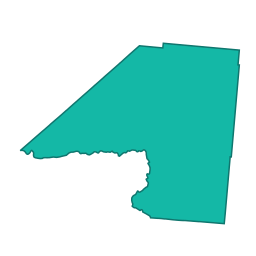 outline of Clark, Nevada, United States of America, rotated 95°
{"feature_id": "52423323B18852235556590", "entity_name": "Clark", "entity_type": "district", "adm_level": 2, "iso_a3": "USA", "parent_name": "United States of America", "parent_adm1": "Nevada", "projection": "robinson", "projection_center": [-114.639, 35.928], "detail": "fine", "context": "isolated", "style": "filled", "palette": "teal", "viewbox_px": 256, "rotation_deg": 95, "n_neighbors": 0, "source": "geoboundaries", "source_scale": "gbopen_adm2", "svg_char_len": 3026}
<svg xmlns="http://www.w3.org/2000/svg" viewBox="0 0 256 256"><g transform="rotate(95 128 128)"><path d="M214.9,23.8L204.1,23.7L147.8,23.7L147.8,22.6L55.5,22.6L55.5,23.9L40.7,23.9L40.5,100.2L45.2,100.3L45.2,105.9L45.1,123.8L54.1,132.4L59.9,137.8L61.8,139.5L63.8,141.4L63.8,141.5L65.7,143.2L65.9,143.4L77.7,154.7L86.0,162.5L86.7,163.2L86.8,163.3L87.8,164.2L88.0,164.5L90.4,166.7L96.3,172.3L99.4,175.3L109.9,185.3L110.0,185.3L111.2,186.5L111.3,186.6L113.2,188.4L115.4,190.4L115.8,190.9L121.0,195.8L130.6,205.2L132.2,206.6L143.6,217.7L159.9,233.4L159.6,232.6L159.5,231.3L159.6,230.4L160.0,229.3L160.6,228.5L162.5,226.9L162.8,226.3L162.9,225.8L162.7,225.1L161.9,224.2L161.0,223.5L159.1,222.6L158.7,222.0L158.9,221.6L160.3,220.2L161.2,219.8L163.2,219.8L164.3,219.5L165.2,219.0L165.7,217.8L166.0,215.1L166.1,212.7L165.8,210.8L165.5,210.2L165.0,209.8L164.7,207.4L164.7,206.5L164.4,203.8L163.4,199.8L163.5,196.6L162.7,193.4L162.0,191.6L160.5,187.0L158.2,184.8L157.2,183.0L157.0,182.4L156.8,180.5L156.2,178.8L155.8,177.9L155.6,176.7L155.8,175.2L156.1,174.7L157.1,173.9L157.6,173.2L157.7,172.8L157.7,172.6L157.4,172.2L157.2,171.5L157.1,169.4L156.8,167.9L156.9,167.5L157.5,166.7L158.0,165.6L158.1,164.1L157.6,163.1L155.8,160.6L154.6,159.5L154.6,157.9L155.3,156.4L155.5,155.6L155.2,155.1L154.2,154.5L153.5,153.8L153.1,153.0L153.1,152.6L153.9,150.1L154.0,147.5L153.5,146.1L153.7,143.7L152.5,141.8L152.7,141.4L153.3,140.9L154.0,139.1L154.0,138.7L153.7,137.6L153.7,137.0L153.9,136.3L155.3,135.3L156.5,135.1L156.8,134.0L153.6,130.9L152.8,129.7L152.9,128.0L152.2,127.2L150.9,126.4L150.7,126.1L151.0,124.7L150.8,124.1L149.8,122.5L149.5,121.5L149.6,119.0L149.6,118.6L149.8,118.2L150.1,117.9L150.7,117.3L150.8,116.6L150.8,116.2L150.4,115.7L149.9,115.5L149.8,115.1L149.8,114.8L149.8,114.2L150.2,113.6L150.2,113.1L149.8,112.3L149.5,111.7L148.5,110.7L148.4,110.5L148.4,109.8L148.6,109.4L149.2,108.7L150.2,107.9L152.0,107.5L152.7,107.5L156.8,106.4L157.2,106.1L157.4,105.6L160.1,103.6L160.5,103.7L161.0,104.7L161.5,105.0L162.3,104.5L163.4,103.6L165.8,102.5L168.2,102.4L171.5,102.6L171.9,102.9L172.1,103.2L172.1,103.5L172.1,104.1L172.0,104.4L172.0,104.8L172.2,105.0L172.4,105.1L172.9,105.2L173.8,105.0L175.4,104.0L176.0,103.9L176.5,104.0L177.0,104.9L177.4,105.4L177.6,105.4L179.5,104.2L180.4,103.2L180.9,103.0L181.5,103.0L184.7,103.5L185.5,104.9L188.0,107.5L188.8,107.8L190.7,110.4L191.0,111.2L190.8,111.6L190.2,112.2L190.0,112.6L190.0,113.0L193.4,114.5L194.3,115.7L194.7,116.4L195.0,116.8L196.0,117.5L197.3,118.1L197.8,118.1L199.7,118.0L201.7,117.4L203.2,116.6L204.2,116.6L205.3,117.0L205.6,117.0L205.9,116.6L206.8,115.1L206.9,114.4L206.8,113.7L207.0,113.0L209.1,108.9L209.1,108.7L208.8,108.3L208.2,107.8L208.2,107.6L208.2,107.1L208.5,106.7L209.4,106.1L210.1,106.1L210.4,105.9L211.5,103.3L213.4,99.2L214.2,98.2L215.5,97.7L215.4,91.8L215.4,91.2L215.3,89.1L215.3,86.8L215.4,83.8L215.3,82.7L215.5,75.2L215.5,69.3L215.4,65.9L215.2,62.8L215.1,49.0L215.0,48.6L215.0,45.0L214.9,23.8L214.9,23.8Z" fill="#14b8a6" stroke="#0f766e" stroke-width="1.5"/></g></svg>